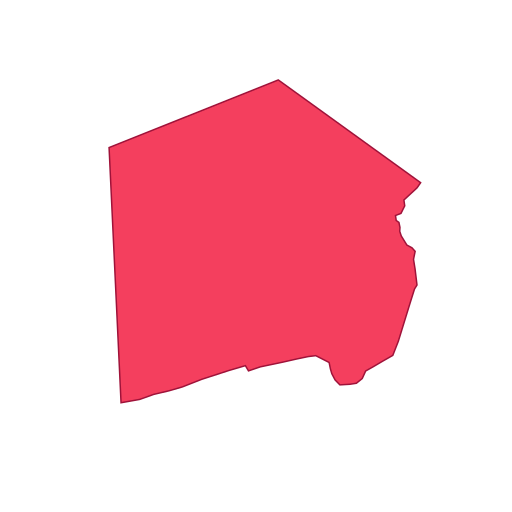 Ngerang, Palau (Albers equal-area conic projection), rotated 68°
{"feature_id": "81905179B33808746946065", "entity_name": "Ngerang", "entity_type": "district", "adm_level": 2, "iso_a3": "PLW", "parent_name": "Palau", "parent_adm1": "", "projection": "albers", "projection_center": [134.637, 7.497], "detail": "fine", "context": "isolated", "style": "filled", "palette": "rose", "viewbox_px": 512, "rotation_deg": 68, "n_neighbors": 0, "source": "geoboundaries", "source_scale": "gbopen_adm2", "svg_char_len": 754}
<svg xmlns="http://www.w3.org/2000/svg" viewBox="0 0 512 512"><g transform="rotate(68 256 256)"><path d="M341.5,436.1L345.4,417.6L346.0,402.6L348.4,387.1L349.8,373.3L350.0,352.5L352.0,324.1L353.7,306.9L359.7,306.0L360.4,293.5L364.4,271.2L366.7,257.0L368.8,245.3L370.8,237.9L382.1,228.1L388.6,229.3L393.5,229.8L400.6,229.1L406.9,226.5L410.1,217.0L411.6,210.6L409.4,203.4L403.7,197.4L402.6,188.9L400.9,177.5L399.4,166.4L388.4,156.0L357.4,130.8L346.0,121.4L343.2,117.6L327.7,113.4L318.1,111.2L311.3,106.7L306.8,108.3L302.4,112.0L291.9,113.8L287.0,113.5L283.4,111.8L278.4,110.9L275.6,112.7L270.7,111.5L270.8,105.6L265.2,99.3L259.5,97.9L253.1,81.1L249.7,75.9L101.1,169.4L100.4,351.6L341.5,436.1Z" fill="#f43f5e" stroke="#9f1239" stroke-width="1.5"/></g></svg>